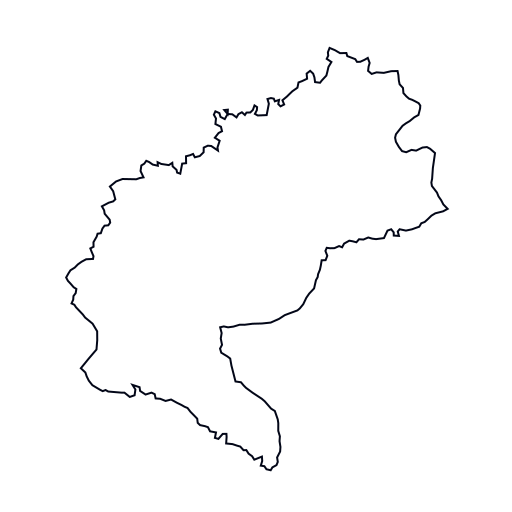 Buriti Alegre, Goiás, Brazil, rotated 274°
{"feature_id": "56859067B76580178094569", "entity_name": "Buriti Alegre", "entity_type": "district", "adm_level": 2, "iso_a3": "BRA", "parent_name": "Brazil", "parent_adm1": "Goiás", "projection": "mercator", "projection_center": [-49.002, -18.136], "detail": "fine", "context": "isolated", "style": "outline", "palette": "ink", "viewbox_px": 512, "rotation_deg": 274, "n_neighbors": 0, "source": "geoboundaries", "source_scale": "gbopen_adm2", "svg_char_len": 4207}
<svg xmlns="http://www.w3.org/2000/svg" viewBox="0 0 512 512"><g transform="rotate(274 256 256)"><path d="M360.2,426.6L371.2,427.4L375.1,422.2L376.6,418.9L375.8,414.5L372.3,408.4L372.7,403.7L370.0,398.6L370.8,394.4L374.8,390.9L379.7,387.6L383.7,386.5L387.2,387.1L396.1,393.1L398.8,396.3L401.3,399.9L405.4,404.2L408.0,408.2L414.5,409.4L417.5,409.4L419.8,407.6L421.5,403.8L422.7,400.9L423.6,397.7L425.7,394.9L428.8,391.7L433.9,390.9L437.3,387.3L440.8,386.3L446.5,385.4L450.4,384.3L449.8,378.0L447.6,370.7L447.6,363.4L445.7,358.7L448.5,354.9L452.7,355.1L456.5,355.9L461.4,353.7L459.3,350.6L457.0,346.4L456.7,343.2L459.3,341.3L461.8,333.1L464.8,332.0L464.2,325.7L466.9,320.2L468.7,314.9L464.2,313.5L460.9,314.1L457.6,312.8L454.8,317.7L449.7,315.1L444.6,314.3L440.9,313.6L435.7,309.4L433.3,307.8L433.6,302.8L438.3,301.8L441.9,300.3L444.5,297.1L441.5,293.8L436.4,294.6L433.6,289.6L432.1,286.3L426.8,285.6L422.9,280.8L419.7,277.9L417.2,275.7L413.2,271.5L409.1,273.5L407.0,270.0L409.1,267.6L413.3,268.1L411.6,264.0L414.2,262.8L414.6,259.9L413.4,256.5L408.8,258.2L397.3,256.8L396.3,247.9L397.7,245.0L401.6,246.7L404.6,246.7L406.1,244.0L401.5,242.7L398.8,240.3L398.4,236.5L395.9,235.1L398.4,231.9L396.3,228.6L392.9,226.9L395.7,222.5L395.7,217.8L390.4,215.3L392.3,210.9L396.0,209.5L397.5,205.4L394.0,204.1L390.4,206.5L384.8,206.3L382.5,212.0L378.1,213.4L376.1,210.1L371.1,206.7L368.4,211.7L361.6,210.0L358.5,210.7L362.6,203.7L362.7,200.3L360.5,196.3L355.8,196.5L351.8,192.9L350.2,188.1L353.4,186.1L351.9,183.1L350.6,179.2L343.7,179.8L343.0,175.9L332.8,174.7L333.7,171.5L336.4,170.7L339.6,166.6L343.1,166.0L340.6,162.7L341.2,155.1L342.7,151.3L339.2,151.8L340.0,146.6L342.3,142.8L343.3,139.9L340.3,138.1L338.3,135.3L332.7,134.9L326.6,138.3L325.7,134.7L324.2,131.2L323.5,117.5L320.6,111.2L315.1,105.4L310.7,109.0L302.7,111.7L300.5,109.7L298.9,105.4L294.8,98.8L291.0,101.3L287.6,102.1L282.0,107.5L279.1,108.2L276.3,106.5L275.7,102.8L272.7,100.9L267.9,99.6L267.2,96.4L264.2,95.7L258.4,92.9L253.9,93.3L252.0,90.2L248.8,91.7L244.5,93.9L241.7,93.6L240.9,86.8L238.1,82.4L235.2,78.9L231.8,76.0L228.8,71.9L225.7,70.2L221.3,68.1L218.1,70.1L215.6,72.8L212.1,76.3L210.6,79.1L206.4,78.7L203.3,76.7L199.7,76.7L195.8,75.3L194.7,78.2L192.3,80.0L185.5,87.4L182.7,89.8L177.1,97.7L169.8,102.8L160.8,103.5L151.6,103.4L142.0,96.3L131.8,89.1L127.9,93.9L124.1,95.5L120.0,97.9L115.7,101.8L111.7,109.7L110.5,112.5L111.8,115.3L110.5,118.0L110.3,131.1L110.5,134.3L106.6,139.9L108.6,144.6L114.4,145.0L118.8,141.8L117.0,149.0L113.3,149.8L110.1,155.5L112.4,161.3L111.1,164.6L106.9,165.8L106.9,170.3L105.1,175.9L106.9,181.3L104.1,187.3L102.2,192.0L100.6,195.3L99.6,198.3L96.0,201.5L92.4,205.6L89.6,208.7L85.5,209.5L83.4,212.0L82.7,216.9L81.9,220.0L77.9,222.4L77.2,228.4L71.7,227.7L70.9,231.2L76.2,235.2L76.5,238.9L73.4,239.3L66.9,239.3L66.7,245.7L65.5,250.3L64.8,253.6L61.4,257.1L61.7,259.9L58.3,262.4L56.0,266.1L52.7,268.5L56.3,275.9L51.9,276.5L47.2,275.4L46.9,279.0L44.0,281.3L43.3,285.6L46.3,287.1L48.8,291.0L52.1,292.1L56.5,291.1L62.6,293.7L67.2,293.7L72.9,292.4L77.8,292.4L83.1,290.4L90.8,289.9L94.5,289.1L102.7,285.6L104.8,281.7L111.7,274.8L114.0,271.7L119.4,262.1L123.8,255.2L125.9,252.8L129.0,249.8L129.4,244.3L145.1,239.1L151.9,237.4L153.8,234.5L157.1,228.1L161.1,226.6L165.0,228.3L171.2,226.6L176.7,227.1L182.4,225.2L183.5,228.8L182.9,233.1L184.0,238.4L186.3,244.5L186.6,249.4L188.2,257.4L189.1,266.7L190.6,275.3L194.9,283.4L199.0,288.8L200.8,292.7L204.6,301.1L206.7,303.3L211.2,306.5L217.8,309.1L222.2,311.7L227.7,316.2L236.1,317.5L239.3,319.0L242.2,319.2L246.7,320.7L250.8,321.3L256.3,321.8L256.7,325.7L261.2,327.1L265.9,324.9L269.1,326.0L268.9,329.3L269.3,333.7L271.7,338.2L270.7,341.3L274.5,343.0L277.8,348.0L277.4,351.5L276.7,355.2L279.9,357.6L279.9,362.0L282.3,366.7L281.4,370.8L281.2,374.6L282.8,382.4L290.5,385.4L292.1,389.0L289.2,391.7L286.0,392.0L286.0,397.2L290.3,395.7L292.7,397.4L291.8,403.8L293.5,409.7L295.2,413.5L296.6,416.8L300.2,418.6L301.7,421.9L304.6,424.7L308.5,428.2L311.1,431.9L313.6,439.5L316.4,443.9L320.5,439.3L324.6,436.8L328.2,433.9L331.9,432.1L338.1,426.6L341.5,425.8L345.3,426.3L356.2,426.3L360.2,426.6ZM395.7,217.8L400.0,217.7L399.4,214.2L395.7,217.8Z" fill="none" stroke="#020617" stroke-width="2"/></g></svg>